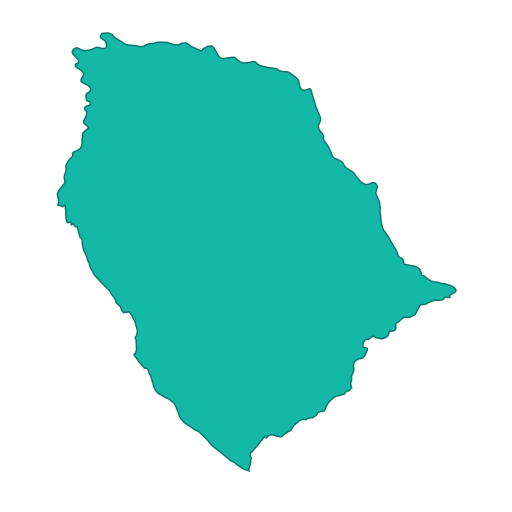 San José De Pare, Boyacá, Colombia, rotated 93°
{"feature_id": "7082276B89227279129415", "entity_name": "San José De Pare", "entity_type": "district", "adm_level": 2, "iso_a3": "COL", "parent_name": "Colombia", "parent_adm1": "Boyacá", "projection": "albers", "projection_center": [-73.534, 6.001], "detail": "fine", "context": "isolated", "style": "filled", "palette": "teal", "viewbox_px": 512, "rotation_deg": 93, "n_neighbors": 0, "source": "geoboundaries", "source_scale": "gbopen_adm2", "svg_char_len": 6004}
<svg xmlns="http://www.w3.org/2000/svg" viewBox="0 0 512 512"><g transform="rotate(93 256 256)"><path d="M471.0,251.6L470.1,251.8L468.8,251.9L462.4,250.5L459.9,250.6L458.5,250.2L457.2,250.5L455.6,251.2L453.2,251.3L452.7,251.1L452.3,250.2L447.8,246.8L445.9,245.0L444.6,244.0L441.7,242.6L439.2,240.0L437.1,239.0L435.3,237.5L436.0,236.6L437.1,236.2L436.6,235.5L435.3,234.7L433.9,232.0L433.8,231.1L433.8,229.4L434.2,227.8L434.6,227.2L434.8,225.8L435.3,222.0L435.2,220.8L434.6,220.5L432.6,218.5L429.9,214.9L429.5,213.9L428.4,212.3L427.5,211.6L424.9,210.4L423.2,209.2L418.1,203.9L416.9,201.4L416.7,199.5L416.9,197.7L415.5,195.8L414.9,194.3L414.6,191.1L412.2,187.8L411.5,187.2L409.5,186.2L408.6,185.1L407.8,182.6L407.7,181.1L407.1,179.8L405.7,179.0L403.4,178.4L399.9,176.8L397.0,174.6L393.2,171.0L391.8,168.7L390.7,164.7L389.4,160.9L386.7,158.8L386.2,158.0L386.2,157.3L385.8,156.5L385.2,155.7L383.2,154.3L382.7,153.5L380.8,154.3L377.8,154.9L374.6,153.9L371.8,154.4L369.2,153.8L367.1,152.6L363.6,152.4L360.5,153.0L357.2,152.6L355.2,150.8L353.7,148.7L352.5,144.8L352.0,143.9L350.2,142.3L344.6,140.0L343.2,139.9L342.2,140.3L341.9,141.5L342.1,142.8L341.9,143.5L341.6,144.1L340.7,144.5L338.8,144.7L336.4,144.2L334.2,142.8L333.5,142.1L333.2,141.4L333.3,139.7L333.0,138.8L331.2,136.7L329.9,134.9L330.1,134.1L331.3,131.7L332.1,126.2L331.8,124.9L330.3,121.7L328.8,120.2L326.4,119.3L324.3,118.9L323.8,118.1L324.1,116.4L323.8,115.5L323.2,113.9L322.2,113.0L320.7,112.5L319.9,112.5L317.5,113.0L316.8,113.0L315.5,112.3L314.1,110.0L311.9,108.0L309.8,105.6L309.2,103.4L309.4,100.3L309.3,99.4L306.7,95.0L306.0,94.1L305.1,93.6L298.4,90.5L297.3,90.2L296.6,89.5L296.0,88.2L295.5,85.2L294.9,83.5L293.4,81.3L291.5,77.2L290.8,74.4L290.5,70.1L290.1,68.1L289.2,66.4L288.2,66.0L287.4,65.4L287.1,64.7L287.5,62.8L287.3,60.3L285.9,60.5L284.9,60.1L283.8,58.9L282.5,56.4L281.3,55.0L280.1,54.4L278.6,54.9L277.3,56.2L275.1,60.8L273.9,66.2L273.7,69.5L272.7,72.7L272.6,76.7L271.9,79.7L269.2,84.6L267.2,86.7L266.9,89.1L266.0,89.7L261.7,91.1L260.1,92.5L258.0,96.2L257.0,104.2L256.3,107.6L253.8,108.9L252.2,108.7L251.0,109.8L249.9,112.4L248.8,113.9L245.0,115.3L243.1,116.3L229.9,124.9L225.7,128.0L223.6,130.0L220.8,131.2L215.0,132.9L208.7,133.7L205.6,134.5L201.7,134.5L195.8,135.5L192.6,136.9L189.6,138.7L186.9,139.8L181.9,138.6L180.2,138.5L177.8,139.8L176.7,141.5L176.8,143.9L178.2,146.6L178.8,148.8L178.8,150.7L178.1,152.6L176.9,154.8L171.9,159.6L167.8,162.9L166.5,164.7L164.9,167.9L162.7,171.4L158.2,174.5L156.9,176.1L155.1,180.3L154.3,183.0L152.8,184.5L143.7,189.0L140.6,191.3L137.0,194.4L135.1,194.8L132.5,194.8L130.0,196.3L128.6,197.9L126.6,199.5L123.4,200.6L121.5,200.3L117.9,198.9L116.4,198.6L114.0,199.1L104.6,203.7L86.9,210.0L86.1,211.4L87.4,214.2L88.1,216.7L87.8,218.3L87.1,219.3L85.2,220.8L81.3,222.0L79.2,222.4L77.4,223.5L75.7,225.3L71.6,231.5L70.9,232.7L70.4,234.7L70.5,238.3L70.2,240.4L69.7,242.2L68.3,244.6L67.8,246.3L67.2,253.4L65.9,261.1L65.4,262.5L64.1,264.8L62.4,266.5L61.9,268.4L63.5,274.6L63.8,277.6L63.8,279.7L63.0,281.9L61.3,284.8L59.7,286.3L58.7,288.1L59.0,291.1L60.5,298.4L60.5,301.0L59.1,303.0L57.3,304.6L52.0,307.8L49.5,309.7L48.7,311.3L48.6,312.9L49.1,314.8L52.0,319.7L53.5,320.5L54.2,321.9L53.3,323.6L49.8,332.5L48.3,334.1L47.7,335.4L47.0,337.4L47.4,341.4L49.2,344.2L49.4,345.9L49.2,348.8L48.3,352.9L47.3,356.0L47.6,364.6L47.8,366.2L49.3,369.9L49.5,373.1L50.2,375.3L51.4,377.6L52.3,378.7L52.8,380.2L52.8,384.1L52.2,388.5L52.0,394.4L51.4,397.3L49.9,400.3L44.9,409.0L42.5,411.1L41.3,414.1L41.0,415.6L41.8,421.4L44.3,422.8L45.3,423.0L46.1,422.6L49.2,417.8L50.5,416.9L52.5,416.3L54.2,416.2L55.5,416.6L56.3,417.2L56.7,418.2L56.8,419.9L56.6,422.0L56.0,424.1L55.9,426.2L58.3,430.8L59.2,433.6L60.1,437.9L59.4,440.7L57.5,445.5L57.6,446.6L58.5,448.4L59.6,449.3L61.6,450.2L62.4,450.1L63.2,449.8L69.3,443.9L70.5,443.4L72.0,443.4L72.7,443.8L73.3,444.6L73.8,446.1L74.9,446.5L76.4,446.0L77.2,444.9L79.6,440.4L81.2,438.6L82.1,438.1L83.3,437.8L84.4,437.8L85.4,438.1L87.5,439.4L88.7,439.9L90.4,439.9L91.0,439.6L92.2,437.8L94.1,433.2L94.9,432.0L95.9,430.8L97.7,430.0L99.5,430.1L100.4,430.6L101.2,431.4L102.2,432.9L103.1,433.8L103.9,434.2L105.0,434.3L109.5,433.4L110.0,432.7L110.4,430.8L110.8,430.1L111.6,429.5L113.1,429.4L114.0,430.0L115.7,433.9L116.3,434.5L117.3,434.8L118.2,434.7L119.0,434.2L120.1,433.0L121.0,432.5L122.4,432.3L123.9,432.6L130.0,435.0L132.1,434.9L133.6,433.4L135.3,430.9L135.9,430.5L136.8,430.3L137.7,430.8L141.9,435.0L143.2,435.5L145.6,435.3L148.4,435.9L151.9,435.6L153.8,435.7L155.5,436.0L157.6,437.0L160.0,439.8L161.7,443.6L162.4,444.2L163.6,444.4L165.7,444.3L166.7,445.0L169.2,447.4L170.8,448.4L174.9,450.2L176.3,450.5L179.6,450.2L181.0,450.3L186.7,451.7L188.2,451.6L192.0,450.6L192.8,450.7L200.8,456.2L203.4,457.3L204.7,457.6L210.9,456.0L214.3,456.1L215.4,456.6L216.2,453.4L217.0,451.7L215.4,449.8L215.8,449.2L221.4,448.3L229.1,447.6L231.9,446.5L232.6,445.6L231.6,442.5L234.5,442.1L234.6,441.8L233.7,440.7L233.8,440.2L234.2,439.6L236.2,438.0L236.3,437.7L235.8,436.3L241.4,434.3L245.3,433.2L246.6,432.3L247.9,431.0L249.1,430.5L254.9,429.7L258.7,428.5L266.4,424.6L268.4,424.2L271.8,422.3L275.2,421.2L277.4,420.1L283.7,416.2L287.7,411.9L289.7,410.1L293.5,406.0L295.5,403.5L298.5,400.4L302.0,398.1L304.4,395.9L306.0,394.8L309.8,393.1L314.0,388.5L315.0,388.3L317.7,387.0L319.4,385.6L319.2,383.3L318.3,379.7L322.3,376.6L328.8,373.0L331.2,372.4L333.8,371.4L337.4,370.5L340.6,370.8L342.4,371.5L343.5,372.4L346.3,371.3L356.2,370.4L359.5,371.4L360.6,372.6L361.0,372.7L367.5,367.6L371.5,363.5L373.8,361.6L374.0,358.8L374.9,357.9L378.9,356.5L380.1,355.7L380.6,355.1L388.4,352.3L390.7,351.7L394.8,349.7L396.4,348.5L399.0,345.6L399.4,344.3L402.4,338.3L403.2,335.8L405.3,332.9L407.3,330.3L409.0,329.0L410.8,327.9L412.9,327.2L414.8,326.1L420.1,324.0L421.7,323.1L423.8,321.3L426.5,318.4L429.4,313.5L430.8,310.8L432.3,308.9L434.3,304.3L435.7,302.3L441.4,295.8L446.7,291.0L449.6,287.4L451.2,284.8L461.9,270.1L462.4,269.3L462.8,267.5L465.9,263.4L469.3,257.3L471.0,251.6Z" fill="#14b8a6" stroke="#0f766e" stroke-width="1.5"/></g></svg>